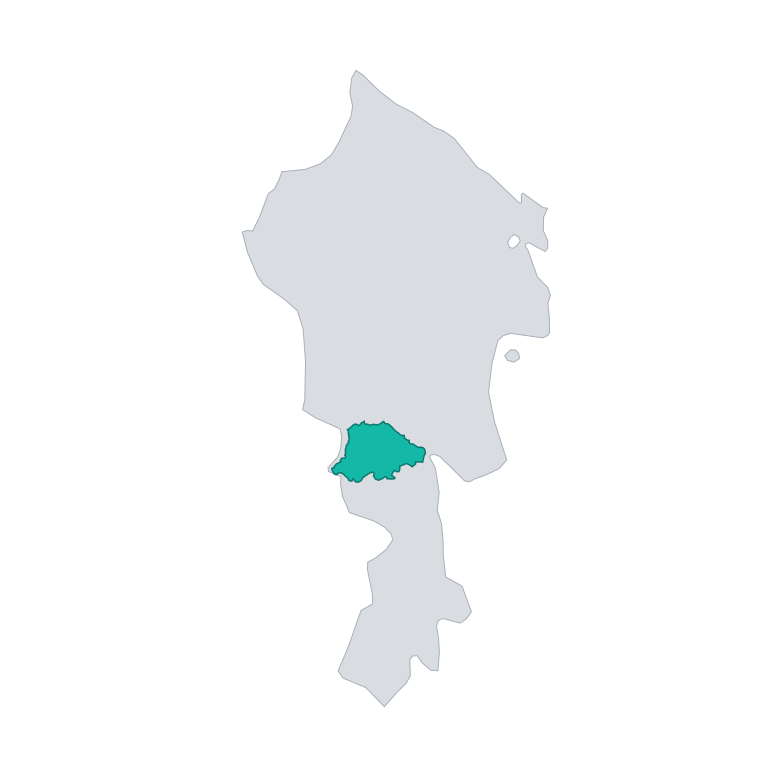 Yeghegnadzor, Vayots Dzor, Armenia (highlighted), rotated 44°
{"feature_id": "60910142B56159953902843", "entity_name": "Yeghegnadzor", "entity_type": "district", "adm_level": 2, "iso_a3": "ARM", "parent_name": "Armenia", "parent_adm1": "Vayots Dzor", "projection": "orthographic", "projection_center": [45.236, 39.785], "detail": "fine", "context": "in_parent", "style": "filled", "palette": "teal", "viewbox_px": 768, "rotation_deg": 44, "n_neighbors": 0, "source": "geoboundaries", "source_scale": "gbopen_adm2", "svg_char_len": 5202}
<svg xmlns="http://www.w3.org/2000/svg" viewBox="0 0 768 768"><g transform="rotate(44 384 384)"><path d="M343.2,458.9L338.0,450.4L311.8,422.2L287.5,400.5L270.8,391.5L253.9,392.2L227.6,396.2L218.0,394.2L195.3,384.6L176.4,373.1L179.1,368.5L183.2,365.2L178.6,350.7L168.5,327.3L169.8,320.0L166.6,309.9L163.1,302.2L178.3,284.3L185.3,269.8L187.0,255.5L183.4,240.7L174.1,213.8L168.3,205.9L157.3,198.4L148.2,186.3L146.0,177.9L153.9,176.4L176.8,176.6L199.0,174.1L216.4,168.8L241.6,164.5L252.0,160.5L264.1,158.6L300.7,163.4L314.4,160.1L355.7,159.8L356.8,158.0L351.2,152.3L351.3,150.2L375.8,146.7L379.6,144.0L382.8,153.0L392.0,163.0L402.1,167.1L407.5,172.6L407.8,176.7L389.9,181.8L388.7,184.3L389.9,186.8L395.2,188.0L420.2,200.6L434.5,200.8L442.1,204.6L445.8,212.1L457.8,222.2L467.4,232.1L468.0,235.5L466.2,240.5L439.5,259.9L436.1,266.6L435.7,273.6L447.6,294.6L465.0,317.4L490.2,334.7L525.0,353.4L525.6,365.1L520.2,379.1L515.5,388.6L513.4,395.0L509.2,397.7L474.5,397.3L469.4,399.6L467.1,402.3L466.9,404.6L479.4,408.8L498.9,423.6L510.2,438.0L522.0,444.2L535.2,455.6L545.8,466.2L562.4,479.9L580.6,475.2L605.2,487.2L606.3,495.6L604.9,503.1L589.6,511.5L587.7,514.9L587.8,517.8L589.9,521.7L599.0,528.3L609.8,538.1L622.0,552.8L616.7,557.3L605.5,558.1L596.7,556.4L593.7,559.4L593.9,564.3L605.5,575.4L607.8,583.6L607.5,597.9L608.4,615.9L581.7,615.0L559.0,624.0L550.3,622.3L544.5,607.1L539.5,594.7L524.8,562.9L528.6,549.8L520.5,542.4L501.0,529.0L496.0,523.4L498.7,515.7L500.5,501.6L498.6,490.2L493.3,486.8L483.7,486.6L472.0,489.5L448.5,500.5L432.1,493.6L422.6,486.5L417.2,480.5L404.9,485.5L401.9,483.1L401.3,468.4L397.6,460.5L390.3,451.3L383.5,446.8L358.3,455.9L343.2,458.9ZM382.8,196.4L383.6,191.1L382.5,186.3L378.5,184.8L373.6,186.0L373.2,191.3L374.7,196.4L379.6,198.6L382.8,196.4ZM462.3,277.9L456.6,281.2L451.2,279.8L451.2,271.6L455.0,268.3L459.5,268.4L463.8,271.3L462.3,277.9Z" fill="#d9dde1" stroke="#a8b0b8" stroke-width="1"/><path d="M395.8,424.6L394.8,427.4L394.8,428.8L395.2,430.6L394.6,431.4L392.3,432.0L391.0,433.0L390.4,434.5L390.2,438.6L389.7,441.4L389.4,442.2L389.6,442.4L390.2,442.4L390.8,442.4L391.1,442.5L391.4,442.9L391.7,443.2L391.8,443.5L392.0,443.7L392.2,443.9L392.6,444.1L393.4,444.6L394.1,444.8L394.3,445.0L394.1,445.3L394.1,445.5L394.3,445.6L394.6,445.6L394.8,445.8L395.0,446.0L395.4,446.4L395.7,446.5L396.0,446.8L396.1,447.0L396.4,447.2L396.8,447.4L397.1,447.6L397.3,447.9L397.4,448.1L397.6,448.5L397.8,448.7L397.8,449.1L397.9,449.6L398.1,449.8L398.4,450.2L398.9,450.6L399.3,451.0L399.3,451.4L399.2,451.8L399.2,452.2L399.2,452.6L399.2,452.9L399.3,453.1L399.6,453.2L399.8,453.4L399.9,453.8L399.9,454.1L399.8,454.7L399.9,454.8L400.1,455.0L400.4,455.5L400.6,455.9L401.0,456.2L401.1,456.5L401.2,457.0L401.3,457.4L401.5,457.7L401.7,457.8L402.0,458.1L402.1,458.3L402.4,458.6L402.5,458.7L402.8,458.8L402.9,459.0L403.2,459.3L403.5,459.8L404.0,460.2L404.4,460.4L404.7,460.9L404.9,461.2L404.9,461.5L405.0,461.8L405.1,462.2L405.4,462.5L405.9,462.6L406.2,462.6L406.5,462.7L406.9,463.0L407.1,463.5L407.3,464.1L407.1,464.6L406.7,465.3L405.8,465.9L405.4,466.3L405.2,467.0L405.3,467.6L405.3,468.0L405.4,468.7L405.5,469.2L405.7,469.4L406.2,469.5L406.8,469.7L407.2,469.8L407.2,470.1L406.8,470.7L406.5,471.2L406.2,472.0L406.1,472.5L406.0,473.0L405.8,473.4L405.4,474.0L405.3,474.5L405.3,475.0L405.4,475.3L405.4,475.6L405.5,476.0L405.5,476.5L405.5,477.0L405.4,477.1L405.2,477.4L405.4,477.6L405.8,478.0L406.2,478.5L406.3,478.7L406.1,479.0L405.7,479.8L405.1,480.8L405.0,481.0L405.5,481.4L406.1,481.7L406.8,482.1L407.4,482.3L408.1,482.5L408.9,482.8L409.2,482.9L409.5,483.0L409.8,483.0L410.3,483.1L410.7,483.1L411.3,483.1L411.6,483.1L412.0,482.8L412.5,482.4L412.9,482.1L413.1,481.9L413.1,481.6L413.0,481.2L412.8,480.8L413.0,480.3L413.1,479.8L413.2,479.2L413.4,478.8L413.6,478.7L413.9,478.5L414.2,478.3L414.5,478.1L414.9,477.9L415.3,477.8L415.6,477.7L415.8,477.3L416.1,477.2L416.6,477.3L417.4,477.1L417.9,477.1L418.4,477.0L418.9,477.1L419.5,477.1L420.0,477.1L420.4,477.1L421.0,477.0L421.7,477.0L422.2,477.0L422.9,476.9L423.6,476.9L424.0,477.1L424.6,477.2L424.9,477.2L425.8,477.8L428.3,476.3L427.5,473.7L431.3,474.2L433.6,472.7L434.7,469.2L433.8,466.1L435.3,458.7L437.1,455.1L438.9,455.0L440.3,457.4L443.8,458.3L446.9,457.0L448.8,452.5L449.2,449.8L450.5,449.1L451.9,450.1L454.9,447.6L457.2,445.2L457.2,443.9L452.6,444.3L451.3,439.1L454.1,438.3L455.6,436.6L454.8,434.8L452.5,432.2L455.4,425.6L458.2,424.5L461.8,424.0L462.3,419.6L460.7,418.6L463.6,415.3L466.1,413.4L462.7,407.8L462.0,405.3L459.6,403.3L458.4,402.8L457.3,402.6L455.7,403.0L454.2,404.1L452.5,405.9L451.2,406.3L449.5,406.4L448.0,406.8L446.9,406.9L446.2,407.2L445.5,408.1L444.7,408.4L443.7,408.7L442.9,409.0L442.5,408.8L442.1,407.9L441.3,407.0L440.5,407.8L439.7,408.2L438.2,408.3L436.9,408.8L436.0,408.6L434.9,407.4L434.2,407.0L433.8,407.2L433.1,408.2L431.7,409.0L430.5,409.3L428.8,409.2L425.5,409.7L423.4,409.8L421.3,409.6L421.2,409.6L419.5,409.5L415.3,409.7L414.0,410.3L412.6,411.6L411.7,411.8L410.3,411.2L409.8,411.2L409.4,411.7L409.1,414.6L408.6,416.3L407.6,418.0L406.2,419.3L405.3,419.6L404.4,420.3L403.3,422.4L402.5,423.3L401.1,423.9L399.6,424.7L398.6,425.8L397.9,425.9L397.1,425.7L395.8,424.6Z" fill="#14b8a6" stroke="#0f766e" stroke-width="1.5"/></g></svg>